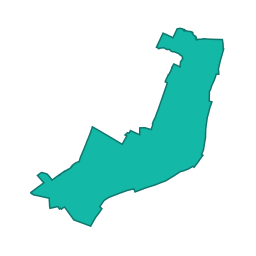 outline of Calafat, Dolj, Romania, rotated 174°
{"feature_id": "2599482B25793033278683", "entity_name": "Calafat", "entity_type": "district", "adm_level": 2, "iso_a3": "ROU", "parent_name": "Romania", "parent_adm1": "Dolj", "projection": "mercator", "projection_center": [22.936, 43.949], "detail": "fine", "context": "isolated", "style": "filled", "palette": "teal", "viewbox_px": 256, "rotation_deg": 174, "n_neighbors": 0, "source": "geoboundaries", "source_scale": "gbopen_adm2", "svg_char_len": 5222}
<svg xmlns="http://www.w3.org/2000/svg" viewBox="0 0 256 256"><g transform="rotate(174 128 128)"><path d="M154.5,126.5L163.3,132.9L163.8,131.9L163.8,131.7L163.9,131.3L163.9,131.1L164.0,131.0L164.4,130.4L165.6,127.7L165.9,127.1L166.5,126.0L167.0,124.9L167.5,124.1L168.4,122.3L170.0,119.4L171.7,116.0L175.2,109.5L178.1,104.3L178.7,103.0L180.1,99.8L180.2,99.6L181.0,99.5L182.0,99.3L182.8,99.1L183.9,98.6L185.4,97.8L187.4,96.6L187.5,96.4L187.7,96.0L187.7,95.8L188.0,95.7L188.6,95.3L188.4,94.9L188.5,94.7L189.5,94.2L191.8,93.0L192.3,92.8L192.4,93.0L195.3,91.4L195.5,91.8L200.6,88.9L200.9,88.8L200.6,88.4L201.7,87.8L202.0,88.2L208.9,84.2L208.9,84.3L209.1,84.6L210.2,86.2L210.3,86.4L211.6,88.4L213.1,90.5L213.7,90.9L216.1,91.9L218.6,92.8L219.6,92.3L223.0,90.3L222.8,90.0L219.2,84.8L217.4,82.3L229.6,75.1L231.3,74.1L231.4,73.9L231.4,73.6L231.1,73.1L230.9,72.8L230.7,72.9L230.4,72.9L230.1,72.8L229.9,72.5L229.8,72.3L229.3,71.6L229.0,71.4L227.7,71.0L223.2,69.6L222.2,69.2L219.2,68.2L217.6,67.7L216.5,67.3L214.8,66.8L213.7,66.5L213.8,65.0L213.9,63.2L213.9,62.3L213.9,61.7L214.1,59.1L214.1,58.1L214.0,56.3L210.1,56.7L205.9,57.2L204.9,55.2L204.7,54.6L203.7,55.2L202.7,54.2L201.1,55.4L200.9,55.4L199.3,55.9L192.2,43.6L191.5,42.3L175.4,34.3L172.7,38.2L169.5,42.6L166.0,46.2L162.7,50.2L162.4,50.6L164.4,52.7L159.4,58.4L154.6,60.9L151.0,61.9L150.3,62.1L142.5,64.2L134.7,66.1L128.5,66.8L127.7,63.7L121.5,65.3L116.7,66.6L111.9,67.6L107.2,68.5L101.2,70.2L95.7,71.6L92.1,73.4L88.2,75.2L80.6,79.1L77.2,79.6L71.9,81.1L68.7,82.6L67.8,83.2L66.5,82.0L62.0,86.6L58.7,90.6L56.3,93.1L57.7,94.0L55.4,97.9L52.4,108.9L52.2,109.5L52.0,110.0L50.9,118.3L50.8,118.8L48.1,130.1L46.3,134.6L44.6,139.3L41.8,145.2L44.4,146.2L43.2,156.0L42.2,157.0L40.4,161.2L38.6,164.2L37.0,167.0L34.6,172.3L32.1,172.0L31.9,177.4L29.0,185.7L24.6,196.5L25.0,196.6L24.7,202.0L24.9,206.1L30.4,206.8L35.0,207.4L36.7,207.7L37.0,207.7L37.3,207.7L38.7,208.0L39.0,208.1L39.9,208.1L40.8,208.4L41.6,208.5L42.1,208.7L42.6,208.8L42.9,208.8L43.3,208.8L43.9,208.7L44.4,208.8L44.7,208.8L44.8,208.8L44.9,208.7L45.1,208.7L45.4,208.7L45.8,208.6L46.0,208.6L46.3,208.5L46.5,208.6L46.8,208.6L47.0,208.7L47.3,208.7L47.5,208.8L48.0,208.8L48.5,208.8L48.9,208.8L49.0,208.7L49.3,208.8L49.5,208.9L49.7,209.0L50.0,208.7L50.4,208.5L50.5,208.5L50.9,208.5L51.0,208.6L51.2,209.0L51.4,209.5L51.1,209.8L50.9,209.9L50.9,210.0L50.9,210.4L50.8,210.5L50.9,210.8L50.7,210.9L50.7,211.0L50.8,211.1L51.0,211.1L51.0,211.5L51.4,211.6L51.5,211.7L51.5,211.8L51.5,212.0L51.4,212.2L51.6,212.2L51.8,212.2L52.3,212.9L52.9,213.5L53.5,214.1L53.8,214.7L53.7,215.1L53.7,215.3L53.9,215.3L54.0,215.5L53.7,215.8L53.6,216.1L53.9,216.2L54.2,216.3L54.4,216.3L54.5,216.4L54.6,216.5L54.3,216.7L54.4,216.9L54.5,216.9L55.1,217.1L55.7,217.3L56.4,217.6L56.7,217.6L57.4,217.7L57.6,217.8L57.9,217.8L58.4,218.0L60.1,218.6L60.5,218.8L60.8,218.9L61.5,218.7L61.8,218.6L62.0,218.6L62.3,219.0L62.5,219.4L62.7,219.6L62.7,219.8L62.5,220.0L62.3,219.9L62.0,219.9L61.8,219.9L61.7,219.9L61.6,220.0L61.9,220.1L62.6,220.3L62.9,220.5L63.6,221.0L64.2,221.2L64.5,221.2L64.8,221.3L65.1,221.4L65.3,221.6L65.6,221.6L66.0,221.5L66.5,221.7L67.1,221.6L67.3,221.6L67.7,221.5L68.1,221.5L68.4,221.5L68.6,221.4L68.8,221.4L73.8,213.1L75.1,213.8L75.2,214.0L75.4,214.2L75.6,214.3L75.9,214.4L76.3,214.6L77.5,215.3L80.2,217.0L81.0,217.4L82.3,218.1L83.2,218.7L91.3,205.3L91.0,205.1L90.6,204.9L90.1,204.7L89.9,204.6L89.7,204.5L89.6,204.4L89.6,204.2L89.4,203.8L89.1,203.6L87.5,204.1L87.3,204.1L87.1,204.1L86.5,204.1L85.7,204.0L84.1,204.1L83.8,204.0L83.3,203.7L83.2,203.5L82.8,203.3L82.0,202.5L81.8,202.4L81.7,202.4L81.4,202.3L80.9,202.0L80.8,201.9L80.4,201.9L79.8,201.9L79.3,201.9L78.9,201.9L78.5,201.8L78.3,201.6L78.0,201.4L78.0,200.9L77.9,200.8L77.6,200.6L77.4,200.2L76.8,199.8L76.4,199.5L76.2,199.4L75.8,199.2L75.0,199.1L74.6,199.0L74.3,199.0L74.1,199.1L73.8,199.1L73.6,199.0L73.5,198.9L73.4,198.8L73.3,198.6L73.1,198.4L72.9,198.3L72.5,198.1L72.1,197.8L71.7,197.6L71.2,197.5L70.3,197.0L70.1,196.9L69.9,196.7L69.7,196.4L69.4,196.1L69.3,195.9L69.1,195.7L68.9,195.5L68.4,195.3L68.1,195.1L67.9,194.6L67.7,194.4L67.1,194.1L66.7,193.8L66.6,193.7L66.5,193.4L66.5,192.9L66.5,192.6L66.5,192.3L66.5,192.1L66.4,191.9L66.2,191.8L66.2,191.5L66.3,191.3L66.5,191.3L66.7,191.2L67.0,190.7L67.1,190.1L67.2,189.9L67.3,189.6L67.7,189.4L68.2,189.2L68.4,189.0L68.5,188.8L68.8,188.3L68.9,188.1L69.1,186.9L69.5,185.7L69.6,185.3L69.6,185.2L69.5,184.7L69.5,184.3L69.6,183.9L69.9,183.3L73.4,185.5L75.7,186.9L75.9,186.6L76.5,185.8L78.1,183.6L77.9,183.4L78.8,181.7L80.0,179.5L80.3,179.2L81.2,177.8L81.7,177.2L81.9,176.9L82.0,176.8L82.3,176.9L82.5,176.5L83.0,175.5L83.7,174.4L84.3,173.6L85.4,171.5L86.0,170.6L86.2,170.1L84.9,169.3L84.1,168.8L95.1,145.2L100.0,135.3L101.9,132.5L102.3,131.6L102.5,131.0L102.9,130.5L103.0,130.1L103.2,129.8L103.3,129.5L103.0,129.1L103.0,128.6L104.5,125.5L104.9,124.0L111.5,126.6L113.2,126.6L115.8,126.9L116.3,126.9L116.8,122.2L116.9,121.8L117.0,120.9L117.1,120.1L120.8,122.2L125.8,125.2L127.3,122.8L128.6,123.3L128.9,123.4L129.1,123.4L129.4,123.0L130.0,122.4L130.3,122.2L130.5,122.2L130.9,122.1L131.2,121.9L131.5,121.6L131.7,121.4L130.9,120.9L130.1,120.3L131.0,118.8L135.5,112.4L139.4,115.3L144.3,119.0L154.5,126.5Z" fill="#14b8a6" stroke="#0f766e" stroke-width="1.5"/></g></svg>